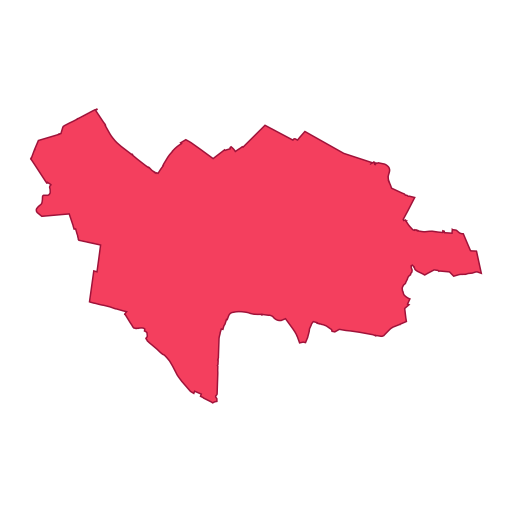 outline of Utrecht, Utrecht, Netherlands
{"feature_id": "6326949B99313902629116", "entity_name": "Utrecht", "entity_type": "district", "adm_level": 2, "iso_a3": "NLD", "parent_name": "Netherlands", "parent_adm1": "Utrecht", "projection": "robinson", "projection_center": [5.068, 52.084], "detail": "fine", "context": "isolated", "style": "filled", "palette": "rose", "viewbox_px": 512, "rotation_deg": 0, "n_neighbors": 0, "source": "geoboundaries", "source_scale": "gbopen_adm2", "svg_char_len": 5934}
<svg xmlns="http://www.w3.org/2000/svg" viewBox="0 0 512 512"><path d="M304.9,131.5L300.3,136.7L297.5,140.1L295.3,138.9L294.4,138.8L293.8,139.0L292.9,140.1L265.0,125.3L243.0,147.2L242.3,146.7L239.5,148.8L239.4,148.7L235.3,151.5L234.8,150.6L233.7,149.2L232.4,147.9L231.1,146.8L230.2,147.5L230.1,147.9L230.2,148.8L227.0,149.7L225.1,150.4L224.6,149.8L213.1,158.6L200.4,149.3L191.1,142.7L189.1,141.5L185.8,139.7L180.6,142.8L181.5,143.6L178.5,145.6L176.8,146.9L174.9,148.6L172.4,151.2L172.5,151.4L169.6,154.7L167.8,157.2L163.8,163.8L162.9,165.6L163.2,165.8L161.1,168.6L158.0,173.4L156.7,172.8L156.3,172.9L156.0,173.3L154.6,172.5L154.8,172.2L153.4,171.4L152.0,170.5L149.2,167.6L148.6,167.2L148.3,167.5L145.2,165.3L137.5,159.3L132.2,154.9L132.4,154.7L132.2,154.4L132.0,154.6L131.7,154.3L131.9,154.2L131.7,154.1L131.3,154.2L121.0,146.3L116.9,142.7L115.0,140.7L112.7,137.9L111.2,135.9L109.8,133.7L105.2,125.5L105.5,125.2L105.0,124.2L103.4,122.1L96.0,111.0L95.7,110.1L97.0,109.5L96.8,109.1L95.1,110.0L94.9,109.8L92.5,111.0L78.7,118.3L78.1,118.6L77.7,118.6L77.3,118.8L77.3,119.1L73.3,121.2L69.7,122.9L64.7,125.5L63.3,126.4L63.2,126.5L63.0,127.1L62.8,127.3L61.2,132.6L61.0,133.5L59.0,134.0L59.2,134.3L38.4,140.5L34.7,149.2L34.6,149.4L34.8,149.7L34.5,149.8L34.0,151.0L31.2,158.6L31.0,158.3L30.7,158.9L31.8,160.3L35.7,166.2L45.6,181.4L46.9,183.2L47.0,183.2L47.4,182.7L47.5,182.4L50.8,184.5L51.0,184.8L50.0,185.9L49.7,186.6L49.6,187.2L50.1,189.3L50.2,191.0L50.2,192.7L49.8,193.7L49.0,194.7L48.0,195.3L43.6,195.3L43.3,195.4L42.7,196.0L42.6,196.3L42.5,197.2L42.4,199.8L42.1,202.0L41.8,203.1L41.4,203.9L41.0,204.4L38.5,206.4L36.8,208.4L36.5,209.0L36.3,209.7L36.4,211.0L36.7,211.8L37.4,212.7L41.8,216.3L69.2,213.9L73.2,225.9L73.2,226.2L74.1,229.1L75.6,228.9L76.5,231.9L76.8,233.1L77.8,236.1L77.7,236.5L78.2,238.2L78.3,239.2L78.4,239.6L79.0,240.1L79.0,240.3L100.6,245.0L98.9,257.9L97.0,271.8L93.8,270.9L89.5,301.8L90.6,302.2L93.8,303.1L95.1,303.3L99.2,304.4L101.8,305.0L103.7,305.3L110.1,306.9L115.4,308.8L116.4,308.9L123.3,310.9L126.6,311.7L124.7,314.1L124.7,314.4L125.2,314.6L125.5,315.0L130.1,322.5L132.1,325.5L132.8,326.9L133.6,327.6L133.8,328.0L135.4,328.3L136.4,328.3L136.4,328.5L137.3,328.3L138.2,328.3L138.2,328.2L141.1,327.9L142.1,327.9L143.6,328.2L144.8,329.0L144.5,331.0L145.3,331.3L146.8,332.4L147.0,333.1L147.3,335.8L147.3,336.4L146.9,337.1L146.0,338.2L145.9,338.4L146.2,339.0L146.8,339.6L147.1,340.5L147.5,341.1L148.1,341.5L148.4,341.9L149.5,342.9L156.8,349.0L160.0,352.1L161.5,353.4L162.7,354.3L164.4,355.1L166.7,357.5L169.6,361.0L172.6,366.1L177.2,375.0L178.4,376.8L181.8,381.4L189.6,390.4L190.4,391.3L191.1,391.8L193.8,393.4L194.6,391.2L201.3,394.1L200.5,396.3L203.1,397.6L203.6,398.1L211.4,402.0L212.7,402.9L214.7,401.8L216.9,401.4L216.9,398.8L215.7,397.0L215.7,396.0L216.8,394.7L217.1,394.0L217.8,373.0L217.7,370.4L217.8,366.7L217.8,366.3L217.4,365.6L217.9,364.6L218.0,364.0L218.0,362.5L218.1,361.9L218.1,359.8L217.8,359.8L218.4,357.7L218.4,356.7L219.0,339.0L219.1,337.7L219.5,335.8L220.1,333.5L220.1,332.9L221.3,329.0L222.9,329.4L223.0,329.0L222.9,329.0L224.0,325.6L224.9,324.3L226.5,319.4L227.2,319.6L228.7,315.6L229.4,314.4L230.2,313.5L231.7,312.6L235.9,311.8L238.8,311.6L241.8,311.7L245.9,312.2L248.4,312.7L250.6,313.5L253.9,314.2L257.8,314.4L261.7,314.3L261.6,314.9L262.0,315.0L262.2,314.7L262.5,314.5L262.8,314.5L268.8,315.3L269.5,315.2L270.7,315.5L272.1,316.1L273.1,316.9L274.3,318.3L275.7,319.3L277.3,320.1L279.0,320.5L281.1,320.5L285.5,318.7L292.7,328.6L294.9,331.9L296.3,334.4L296.7,335.3L296.8,335.8L297.0,335.9L297.2,336.3L299.6,342.9L303.2,342.1L305.5,342.6L307.6,337.6L309.2,331.4L309.5,328.9L309.7,328.4L311.4,324.6L311.5,323.9L313.3,321.6L317.3,322.7L317.1,323.2L319.5,323.9L319.6,323.7L322.3,324.6L323.0,324.6L326.3,325.9L331.6,329.6L332.0,331.3L333.5,331.6L334.8,331.9L339.2,329.4L339.7,329.4L346.0,330.5L350.2,330.9L359.2,332.2L372.9,334.7L374.6,335.3L375.2,335.6L375.5,335.4L375.9,335.9L376.3,335.6L377.1,335.6L381.1,336.3L382.4,336.2L383.8,335.6L384.5,334.8L389.8,329.4L390.8,328.5L393.0,327.1L399.6,324.5L399.9,324.5L399.9,324.3L406.4,321.5L405.8,317.8L404.7,308.6L404.9,308.3L409.0,304.7L407.5,304.1L409.9,298.9L408.6,298.4L406.6,297.2L405.0,295.9L403.9,294.7L403.6,294.1L402.9,291.5L402.5,290.9L402.2,288.3L402.4,287.3L403.4,285.3L403.7,284.9L405.0,283.8L405.5,283.2L406.0,281.8L407.3,279.3L407.8,277.7L408.3,276.8L409.1,275.8L410.5,274.8L410.8,273.4L411.8,272.2L412.0,271.3L412.1,270.1L412.0,269.7L411.3,267.8L411.2,267.1L411.3,266.2L411.2,265.8L412.3,265.1L413.4,266.2L413.8,267.0L414.1,266.9L414.9,269.2L415.2,269.6L415.7,270.1L417.4,271.3L422.4,273.7L424.7,275.0L427.7,273.3L434.1,269.9L437.9,270.4L438.9,271.3L439.5,271.0L449.5,271.9L453.7,276.2L454.3,276.0L459.1,274.6L460.5,274.4L465.6,274.3L468.1,273.5L472.2,273.1L475.6,272.0L476.2,271.9L477.2,271.9L481.3,273.3L476.5,251.2L476.4,251.1L471.5,250.9L470.9,250.8L470.4,250.5L467.4,243.5L463.3,233.8L461.6,233.7L460.4,233.3L459.5,232.9L458.7,232.3L456.8,230.6L456.2,230.2L455.3,230.0L452.5,229.7L452.3,229.5L452.0,233.2L444.5,232.7L444.3,232.5L444.3,231.3L442.9,230.8L442.8,232.4L442.6,232.5L438.2,232.1L432.2,231.2L429.1,231.3L424.6,231.8L423.1,231.7L417.7,230.9L417.9,230.5L416.5,230.0L416.4,230.2L414.8,229.7L414.5,230.3L413.5,230.1L412.7,229.6L412.0,228.9L409.7,226.4L408.8,225.3L407.6,223.6L406.2,221.4L406.4,221.0L405.9,221.1L405.5,220.0L403.7,220.5L403.2,219.4L407.8,210.9L414.7,197.5L409.4,196.2L408.6,196.3L407.9,196.1L406.9,195.3L405.4,195.2L404.4,194.0L401.9,193.0L391.6,188.2L390.1,184.2L389.6,183.3L388.8,181.5L389.1,181.6L388.5,180.0L388.3,178.9L388.2,177.3L388.0,176.9L388.2,176.5L388.5,174.9L389.1,173.0L389.6,170.9L389.6,169.6L389.4,168.9L389.2,168.1L388.4,166.8L387.1,165.6L386.0,164.8L384.6,164.1L378.3,162.8L376.7,163.4L376.0,162.9L375.2,164.6L374.7,164.4L374.5,163.3L374.5,162.7L373.9,162.3L374.0,162.1L373.7,162.0L373.1,162.6L371.1,163.6L371.6,162.5L343.8,153.4L304.9,131.5Z" fill="#f43f5e" stroke="#9f1239" stroke-width="1.5"/></svg>